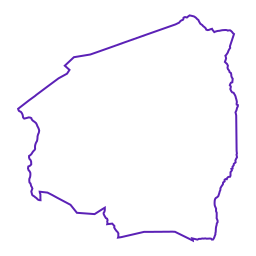 Uauá, Bahia, Brazil
{"feature_id": "56859067B85739573992088", "entity_name": "Uauá", "entity_type": "district", "adm_level": 2, "iso_a3": "BRA", "parent_name": "Brazil", "parent_adm1": "Bahia", "projection": "albers", "projection_center": [-39.437, -9.895], "detail": "fine", "context": "isolated", "style": "outline", "palette": "violet", "viewbox_px": 256, "rotation_deg": 0, "n_neighbors": 0, "source": "geoboundaries", "source_scale": "gbopen_adm2", "svg_char_len": 3795}
<svg xmlns="http://www.w3.org/2000/svg" viewBox="0 0 256 256"><path d="M40.5,200.2L40.4,198.5L40.4,197.2L40.4,195.5L40.4,194.2L39.9,193.0L39.7,191.7L47.5,192.6L52.2,195.0L57.1,197.7L70.5,204.8L76.9,212.8L94.6,214.1L101.8,209.5L104.8,207.7L104.8,210.0L104.4,211.8L103.7,212.7L103.6,213.8L104.2,215.2L104.9,216.5L105.9,218.1L107.1,218.7L107.6,220.2L107.2,221.4L107.5,223.0L107.2,224.2L112.2,223.6L113.5,225.0L114.4,226.0L114.2,227.5L115.1,229.1L116.5,231.0L117.4,231.8L118.4,233.4L118.3,235.0L118.4,236.2L118.0,237.6L120.9,237.2L122.3,236.9L140.9,232.6L143.9,231.9L158.6,231.8L169.9,231.7L173.0,231.7L175.0,231.8L192.9,240.6L192.8,239.5L192.3,238.4L197.4,239.6L198.9,238.9L200.6,238.9L202.2,238.5L203.7,238.6L205.3,238.4L206.6,238.7L208.4,238.6L210.0,238.5L211.1,238.7L211.9,239.6L213.1,239.5L213.7,238.5L214.2,237.6L214.7,236.1L215.4,234.4L215.4,233.0L215.7,232.0L215.8,230.1L215.9,228.1L216.2,226.4L216.6,225.1L216.8,223.4L217.6,222.2L217.6,220.8L217.1,219.3L216.6,218.2L216.7,216.8L216.7,214.6L216.7,212.7L216.1,211.4L216.0,210.1L216.1,208.7L215.4,207.1L214.8,205.6L214.6,204.1L214.6,202.3L214.7,200.7L215.0,199.3L215.7,198.1L217.3,197.1L218.3,196.1L218.8,194.6L219.3,193.1L219.7,191.5L220.4,189.9L220.4,188.3L221.3,186.6L222.2,185.3L222.9,184.3L223.1,182.5L224.6,181.4L224.5,180.0L225.4,179.1L226.8,179.2L227.1,178.1L228.2,177.0L230.1,176.7L230.5,175.6L230.5,174.0L230.5,172.2L231.2,171.4L231.9,170.3L231.4,168.9L232.6,168.5L232.5,166.8L233.7,165.3L233.8,163.9L234.6,163.2L235.6,162.4L235.4,160.4L236.2,158.6L237.0,157.3L236.8,156.0L236.5,154.7L236.9,153.6L236.6,150.9L236.2,115.4L235.9,113.9L235.5,112.3L236.1,111.1L236.6,109.8L237.0,108.0L237.8,106.4L237.9,105.1L236.7,104.6L236.6,103.5L236.9,102.0L236.6,100.5L236.3,99.3L235.9,98.0L235.5,96.3L234.9,95.0L234.3,94.0L233.6,92.8L232.1,92.3L231.1,90.9L230.3,89.0L230.7,87.8L230.8,86.4L229.8,85.2L230.4,83.7L231.0,82.7L232.3,82.3L232.5,80.6L232.7,78.7L231.8,77.4L231.3,75.8L231.3,74.6L230.9,73.0L229.6,72.2L229.3,71.0L228.7,70.0L228.0,69.2L227.5,67.8L227.9,65.6L227.0,63.9L225.9,62.9L224.9,61.9L225.5,60.3L226.1,58.4L225.8,57.0L225.4,55.7L226.4,54.7L227.1,53.6L227.8,52.6L228.3,51.1L229.2,49.3L230.2,47.9L229.9,46.4L234.0,34.0L232.8,33.0L232.1,32.0L231.3,31.2L230.3,30.4L229.1,30.3L227.8,30.6L226.8,30.1L225.3,30.0L223.6,30.1L222.2,30.2L220.7,30.5L219.5,30.8L218.0,30.9L216.7,31.2L215.4,31.6L214.3,32.1L213.2,30.7L212.5,29.9L212.0,28.8L210.6,29.2L208.9,29.9L207.7,30.1L206.3,29.7L205.6,28.2L204.2,26.9L203.2,26.2L202.3,25.1L201.3,24.4L200.4,23.8L199.8,22.8L199.0,21.4L198.4,20.0L197.1,19.0L196.0,17.8L194.9,17.0L193.9,16.4L192.7,16.1L191.0,15.7L189.6,15.4L188.1,16.5L186.9,17.5L185.5,17.1L184.4,17.2L183.5,17.8L183.4,19.0L182.7,20.0L181.5,20.3L180.2,21.3L179.2,22.6L175.5,24.4L149.6,33.5L147.6,34.2L123.6,42.7L110.5,47.4L101.7,50.5L98.9,51.5L90.3,54.5L73.9,57.2L64.8,65.7L69.5,69.9L67.0,73.7L58.6,78.3L47.4,86.6L36.3,94.9L35.0,96.0L29.2,100.2L18.1,108.8L18.5,110.1L19.2,111.1L20.8,111.8L21.9,113.2L22.6,114.8L22.9,116.2L23.1,117.5L24.2,118.6L25.9,118.2L27.4,117.8L28.7,117.4L30.2,117.6L31.3,118.1L31.8,119.5L32.5,120.3L33.4,121.1L34.4,121.7L36.1,123.2L36.9,124.8L37.5,126.4L38.1,127.4L38.8,129.1L39.2,130.7L38.8,132.8L38.3,133.8L37.8,135.3L37.5,136.7L37.5,137.9L37.3,139.6L37.0,141.0L36.4,142.0L35.8,143.2L35.4,144.4L35.1,145.6L35.0,147.3L35.1,148.9L34.5,150.1L33.5,151.0L32.5,152.3L31.6,153.8L30.4,155.1L29.1,155.9L29.0,157.2L29.4,158.8L30.6,160.2L31.1,161.5L31.2,163.1L31.2,164.5L29.9,165.8L28.3,166.5L28.0,168.4L28.6,170.2L29.6,171.3L30.3,172.8L30.4,174.1L30.3,175.7L30.1,177.0L29.3,179.0L29.3,180.9L29.5,182.5L30.5,183.5L30.8,184.7L31.1,185.9L31.8,187.1L32.4,188.6L31.8,190.1L31.3,191.5L32.2,194.9L33.2,195.8L34.3,196.4L35.4,197.4L36.4,198.0L37.3,199.0L38.1,199.7L39.2,200.1L40.5,200.2Z" fill="none" stroke="#5b21b6" stroke-width="2"/></svg>